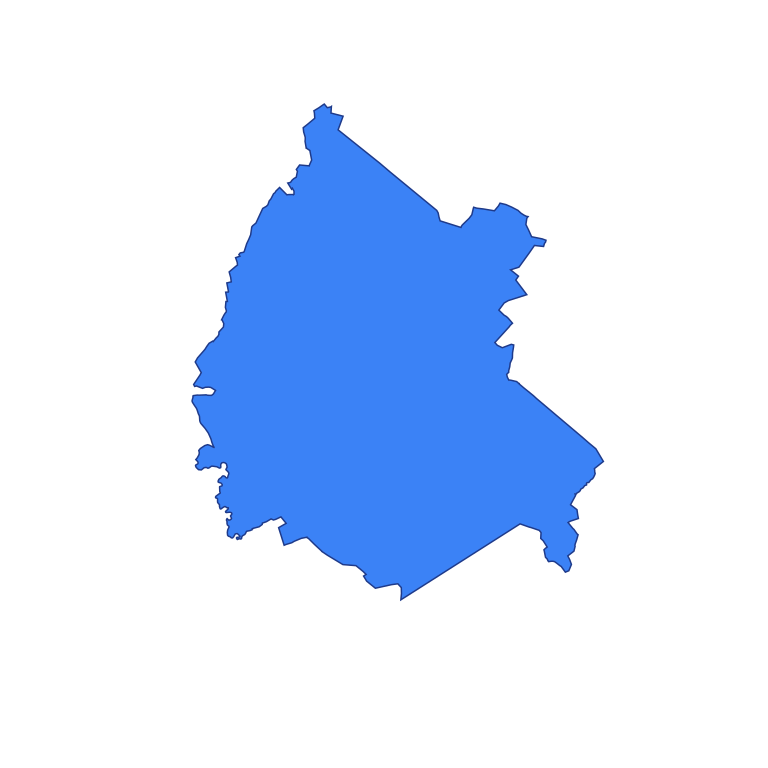 Lēdurgas pag., Krimuldas, Latvia, rotated 143°
{"feature_id": "27541924B26008576526358", "entity_name": "Lēdurgas pag.", "entity_type": "district", "adm_level": 2, "iso_a3": "LVA", "parent_name": "Latvia", "parent_adm1": "Krimuldas", "projection": "albers", "projection_center": [24.794, 57.324], "detail": "fine", "context": "isolated", "style": "filled", "palette": "blue", "viewbox_px": 768, "rotation_deg": 143, "n_neighbors": 0, "source": "geoboundaries", "source_scale": "gbopen_adm2", "svg_char_len": 6147}
<svg xmlns="http://www.w3.org/2000/svg" viewBox="0 0 768 768"><g transform="rotate(143 384 384)"><path d="M255.4,190.1L253.8,204.8L256.0,214.1L257.4,220.9L270.9,280.4L271.7,284.8L274.7,296.9L276.0,302.7L275.8,302.9L276.0,303.0L276.3,304.8L276.6,306.1L280.0,310.2L281.7,312.0L281.9,312.0L281.9,312.6L281.3,315.4L280.2,317.9L277.3,318.3L276.5,319.5L273.3,322.0L270.6,324.8L267.1,326.7L265.8,327.5L262.6,331.5L258.3,335.6L256.9,337.1L258.5,339.1L267.5,341.7L267.8,342.0L270.2,346.7L270.5,350.4L251.9,353.9L249.3,354.4L248.0,354.9L244.8,355.2L245.2,361.8L245.6,364.1L246.7,366.8L247.8,373.9L239.3,376.4L234.5,375.8L216.2,369.4L216.2,387.7L211.7,389.2L214.2,399.0L205.9,396.1L189.0,401.3L180.5,404.1L173.8,397.8L171.2,399.7L169.6,400.1L168.1,401.3L170.4,404.8L177.5,412.8L175.9,419.8L174.7,426.0L170.2,430.4L168.2,431.0L169.4,432.3L170.6,434.7L171.8,438.0L172.5,442.0L175.6,448.5L178.7,454.0L182.5,458.6L185.5,457.3L191.6,455.9L199.2,463.9L204.1,468.6L206.0,471.2L207.0,470.5L212.0,466.3L216.2,465.1L225.7,463.9L227.2,463.4L228.3,462.7L241.0,480.5L239.6,484.3L237.8,488.0L237.4,490.9L251.6,549.9L254.5,562.9L267.7,614.6L255.5,622.5L263.3,632.3L259.0,637.3L259.7,637.3L263.0,638.8L263.2,643.5L264.0,643.6L269.9,643.8L275.5,644.4L276.5,642.3L279.3,638.0L279.5,637.9L289.6,637.4L294.3,637.3L296.5,633.6L298.4,628.5L299.5,627.0L301.0,625.3L303.6,620.3L303.6,619.7L304.2,619.4L302.7,615.1L307.0,606.4L311.9,603.7L312.4,603.2L319.6,609.7L324.9,608.1L325.1,606.0L329.6,602.0L332.4,602.3L334.9,602.1L336.9,601.4L337.6,601.4L339.9,602.4L340.6,595.2L339.4,595.5L339.8,592.2L341.7,589.7L342.5,589.7L342.5,589.9L342.9,590.3L346.5,592.9L347.7,593.5L349.1,603.8L354.4,603.1L355.8,602.4L357.7,602.4L362.9,599.9L365.5,599.3L368.9,597.0L371.0,596.7L375.2,597.2L389.4,589.6L393.7,589.4L395.1,589.0L400.7,583.4L404.8,581.0L409.2,578.7L415.8,574.0L416.8,573.7L419.9,575.2L422.0,574.7L422.1,572.8L426.5,574.2L428.0,569.5L429.5,567.1L431.4,567.2L440.2,566.7L442.3,561.4L444.5,557.5L448.7,559.3L452.7,551.2L452.9,551.1L455.2,552.6L459.4,544.2L460.6,545.0L464.6,540.6L465.8,537.4L466.7,536.5L468.1,536.2L470.5,535.3L475.1,533.0L474.8,532.6L475.6,528.7L478.0,526.1L484.5,524.9L486.0,523.0L488.1,522.0L489.8,521.9L494.8,520.7L494.9,521.3L499.2,521.8L502.8,520.7L506.2,519.4L517.1,517.1L521.5,515.2L523.1,503.1L525.6,501.9L536.3,498.2L536.7,496.0L535.0,495.3L531.5,489.7L528.7,488.9L526.0,487.1L524.4,485.5L522.4,480.3L526.3,478.7L528.6,478.7L531.6,481.1L532.5,482.3L538.3,486.3L539.9,487.6L543.3,489.5L543.8,489.4L544.6,488.3L547.2,486.3L547.7,485.6L548.0,484.5L548.3,480.8L548.4,477.8L548.7,476.2L550.2,471.9L550.6,469.8L551.1,468.8L553.2,465.6L553.7,464.3L554.0,462.6L553.6,456.3L553.8,450.8L554.0,449.7L555.2,444.6L555.6,443.4L556.4,441.5L557.5,437.9L557.8,436.3L557.8,435.8L558.0,435.7L560.2,440.1L561.4,441.7L564.2,442.7L569.5,443.0L571.9,442.4L572.8,440.4L573.9,439.2L575.1,438.5L577.9,437.3L579.8,436.9L579.5,434.5L579.5,433.9L580.0,432.8L580.5,432.4L581.1,432.3L582.8,432.6L583.5,432.4L583.8,431.9L584.2,430.4L583.7,427.2L581.6,425.3L578.2,425.4L577.0,424.9L576.0,424.1L575.3,422.7L574.2,422.3L571.3,422.2L570.3,421.5L567.3,418.5L566.2,416.2L565.8,415.7L564.8,415.5L564.2,416.0L563.3,417.4L562.6,418.1L561.8,418.4L560.8,418.6L559.5,418.0L558.7,417.1L558.2,416.1L558.0,415.3L558.2,414.3L559.3,412.0L561.3,411.1L561.8,410.7L561.4,408.0L561.5,406.4L561.7,406.1L562.0,405.7L564.0,404.4L565.1,403.5L565.6,403.3L566.1,403.6L566.4,404.0L566.6,404.6L566.6,405.6L567.0,406.6L567.7,407.4L568.1,407.6L569.0,407.6L570.3,407.2L572.6,407.3L573.4,407.2L574.9,406.3L575.4,405.6L575.0,404.5L574.1,403.5L573.8,402.9L573.7,401.9L573.8,400.9L574.2,400.5L574.8,400.2L576.5,400.8L577.0,400.9L577.3,400.7L579.9,396.9L580.1,396.0L580.4,395.5L585.9,395.5L586.7,395.0L586.9,394.3L586.6,393.8L586.1,393.1L586.0,392.5L587.6,390.4L588.1,389.6L588.2,388.2L588.0,386.7L589.1,385.2L589.7,383.8L589.9,382.9L589.7,382.5L589.3,382.3L586.9,382.3L585.0,382.0L584.6,381.7L583.8,379.6L582.9,379.0L583.0,378.6L583.6,378.0L584.2,377.9L587.1,377.6L587.4,377.4L587.6,376.7L587.3,376.2L584.3,374.4L583.4,373.2L583.3,372.8L583.4,372.3L583.6,372.0L584.3,371.4L584.6,371.3L585.0,371.4L586.0,371.0L586.2,370.3L586.5,368.8L586.8,368.3L587.3,368.1L588.9,368.1L590.0,368.9L590.3,370.9L590.9,370.8L591.7,370.2L592.2,368.5L593.2,367.3L593.9,365.7L593.5,363.7L593.9,363.0L596.5,361.6L597.2,361.0L598.5,359.7L599.9,357.4L599.9,356.4L599.7,355.9L598.9,354.7L598.7,354.2L598.6,353.3L598.3,352.8L597.5,352.2L596.0,352.5L593.2,353.7L592.5,353.6L591.2,352.8L590.9,351.5L590.6,349.4L590.7,349.0L591.0,348.8L591.6,348.8L593.9,350.1L594.4,349.9L594.7,349.3L594.7,348.1L593.8,347.8L593.1,347.9L591.6,346.3L590.8,346.3L589.9,347.2L588.9,347.8L588.0,347.9L585.8,347.6L584.5,348.0L582.9,348.9L582.2,349.0L579.1,347.5L577.0,347.0L576.5,347.7L576.0,347.6L576.3,347.1L575.8,347.4L575.2,347.4L569.6,345.1L565.8,345.1L564.9,346.1L560.8,344.8L555.4,344.2L554.1,341.9L552.0,341.1L546.3,339.9L546.0,331.6L554.6,332.7L560.8,315.3L558.8,314.8L553.1,312.7L550.3,312.4L542.9,310.5L537.7,308.0L537.9,307.5L537.7,307.2L537.5,306.5L537.3,306.3L536.1,297.9L534.2,287.3L534.3,287.3L532.3,281.5L525.5,264.5L515.7,255.8L513.5,246.8L512.9,242.7L515.9,242.9L516.5,237.0L513.8,226.1L498.7,219.2L493.2,216.1L492.7,211.0L496.1,206.2L500.4,201.5L359.5,190.4L354.2,182.4L353.0,180.9L348.1,173.7L348.0,171.4L348.1,170.7L351.8,166.3L351.2,163.1L351.8,155.6L354.1,155.6L356.1,155.3L356.4,154.4L359.3,148.4L359.0,145.9L359.4,144.5L359.3,144.0L359.5,143.7L359.4,143.0L357.3,141.9L355.7,140.7L354.7,139.5L353.9,137.0L352.9,133.2L352.3,131.7L352.4,124.6L348.8,123.6L342.9,127.1L341.4,132.0L340.7,136.1L332.9,136.2L329.1,139.3L328.6,140.3L327.4,141.3L323.9,143.6L319.7,146.8L320.0,148.0L319.8,153.5L320.1,155.0L320.4,162.6L319.8,162.6L317.7,162.3L309.7,159.6L307.9,163.2L305.5,167.5L307.7,175.3L298.1,179.7L297.6,181.1L297.0,180.5L296.5,180.4L296.0,180.8L292.7,180.5L291.4,180.8L290.1,181.6L287.4,181.3L284.9,182.1L283.2,181.5L282.9,181.5L282.0,182.9L281.2,183.0L279.7,182.1L276.4,183.0L274.4,182.8L272.2,183.6L271.1,184.3L270.3,184.6L269.5,185.3L269.0,185.7L268.9,186.5L267.6,188.4L266.9,189.8L255.4,190.1Z" fill="#3b82f6" stroke="#1e3a8a" stroke-width="1.5"/></g></svg>